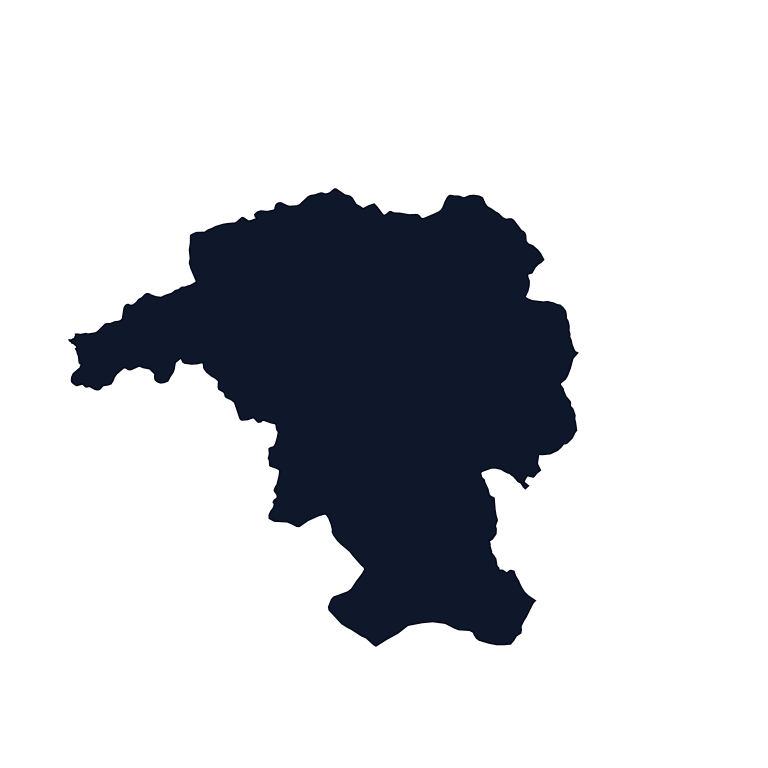 the district of Bac Ha, Lào Cai, Vietnam, rotated 131°
{"feature_id": "81297802B71116262659242", "entity_name": "Bac Ha", "entity_type": "district", "adm_level": 2, "iso_a3": "VNM", "parent_name": "Vietnam", "parent_adm1": "Lào Cai", "projection": "mercator", "projection_center": [104.318, 22.502], "detail": "fine", "context": "isolated", "style": "filled", "palette": "ink", "viewbox_px": 768, "rotation_deg": 131, "n_neighbors": 0, "source": "geoboundaries", "source_scale": "gbopen_adm2", "svg_char_len": 6171}
<svg xmlns="http://www.w3.org/2000/svg" viewBox="0 0 768 768"><g transform="rotate(131 384 384)"><path d="M560.7,382.5L559.4,376.8L551.4,366.5L549.5,360.5L548.6,356.5L547.1,354.5L536.7,351.9L525.9,346.9L520.6,343.3L520.3,341.5L521.3,337.7L524.4,331.8L527.6,327.3L529.6,325.8L531.0,322.7L532.5,316.1L532.8,310.7L532.6,300.1L533.7,294.5L535.3,282.7L535.3,278.7L536.5,276.8L541.5,275.7L551.0,275.1L559.9,273.9L564.4,274.7L577.9,282.1L581.2,282.1L588.6,279.5L590.5,277.1L592.5,258.6L591.6,252.6L590.4,247.7L588.7,235.6L587.2,231.0L587.4,221.0L587.0,218.2L574.9,214.6L563.0,210.2L550.5,207.8L539.2,198.9L531.3,191.4L524.3,180.8L521.8,170.6L520.2,166.3L513.8,158.0L512.8,154.6L512.9,153.2L513.9,151.4L515.1,147.3L514.8,143.9L510.5,134.6L506.6,127.9L501.7,122.3L497.2,118.0L492.6,118.0L487.3,119.0L482.3,117.5L479.7,119.0L477.0,121.8L470.5,123.5L466.6,124.0L452.5,127.7L450.0,127.9L448.3,127.7L449.4,136.5L449.0,141.8L447.5,146.6L445.3,151.9L444.6,152.8L442.7,158.7L440.1,163.2L441.4,165.7L442.2,166.5L446.4,167.2L446.5,170.0L447.0,172.6L449.2,174.8L447.6,177.0L447.5,179.3L442.8,184.9L441.9,187.7L441.0,192.2L440.0,192.9L436.7,198.0L435.4,198.8L433.4,202.0L432.4,201.3L430.0,200.6L423.9,201.2L422.7,202.0L419.7,204.4L418.7,206.2L417.7,207.1L414.5,208.5L413.3,208.7L412.3,209.5L409.8,213.3L406.0,217.9L398.0,226.0L398.9,230.2L398.4,232.4L395.2,236.7L392.2,243.5L391.0,245.0L390.6,245.8L390.7,248.2L390.4,249.2L388.2,252.4L386.2,253.1L377.0,248.0L374.1,244.7L371.3,239.5L370.8,236.0L369.9,232.3L368.8,230.5L369.0,228.7L368.6,225.5L369.6,218.8L368.8,215.5L370.1,211.4L370.3,208.7L366.1,208.2L366.3,214.3L362.6,215.3L359.0,215.7L356.3,210.3L354.5,210.1L351.3,210.3L346.5,209.4L344.0,215.3L342.8,216.7L335.6,221.2L333.0,217.9L327.5,212.8L320.2,209.6L315.6,209.0L311.3,209.3L309.7,207.7L308.2,207.1L301.4,206.6L295.3,208.2L292.7,208.3L287.1,214.7L285.9,216.6L284.8,217.7L282.4,219.3L279.0,225.2L278.5,228.9L275.8,231.1L275.1,232.4L274.2,238.4L271.5,244.0L270.2,245.7L269.2,249.8L268.4,251.1L267.2,251.4L261.3,250.4L257.4,251.1L250.0,253.8L240.8,258.3L233.5,258.3L234.3,260.8L233.4,263.4L230.7,268.5L228.4,271.3L226.7,274.9L224.5,276.4L222.6,279.4L219.3,282.0L217.6,284.0L215.8,286.7L214.9,289.6L212.4,291.8L210.0,294.8L209.1,298.7L209.0,302.7L210.7,305.5L211.6,308.8L214.6,314.6L217.6,317.3L224.1,326.9L225.5,331.0L226.1,335.0L224.2,335.2L219.3,336.6L214.7,339.0L211.0,342.1L209.1,345.7L206.9,347.8L203.1,345.3L196.6,346.6L192.7,346.4L188.8,345.3L185.4,345.1L182.9,351.8L182.2,355.9L182.2,361.9L182.5,363.5L183.7,366.4L183.4,369.3L183.0,370.6L179.0,374.6L177.8,376.7L177.6,378.9L178.2,380.8L175.5,393.6L175.8,395.9L177.0,397.5L179.8,399.9L180.8,403.6L180.4,409.5L181.1,412.7L181.6,417.6L182.5,422.1L182.4,423.5L181.5,426.5L179.1,431.5L179.0,432.4L180.0,435.6L182.8,440.0L185.8,442.9L191.4,445.7L192.7,449.6L193.5,451.1L196.3,454.4L197.4,456.5L198.5,457.9L199.9,458.4L202.2,458.3L206.6,457.2L212.5,455.1L215.6,454.8L218.5,455.5L222.0,457.0L232.7,462.2L234.1,463.4L234.7,464.9L234.1,467.7L234.2,469.5L235.3,471.1L239.9,475.9L244.9,484.2L247.5,487.3L248.7,489.1L249.4,491.8L250.5,492.8L255.4,493.6L256.8,494.5L257.0,496.2L255.1,505.3L254.7,509.5L259.9,512.5L264.9,514.4L265.6,515.2L265.9,518.5L266.9,523.0L264.7,529.7L264.6,532.2L264.8,533.2L267.1,537.6L268.4,548.2L269.4,549.3L275.1,550.2L277.3,551.3L279.6,553.2L280.2,555.4L281.4,557.0L286.6,560.1L290.3,563.1L292.7,564.0L304.1,565.2L306.8,566.5L312.0,571.8L313.0,573.8L314.9,580.6L316.3,582.1L318.2,582.9L319.5,583.0L321.4,582.3L323.6,581.0L325.1,581.1L330.5,585.2L334.2,590.4L337.3,592.3L340.9,592.7L342.0,591.1L342.2,589.1L342.6,588.5L348.5,591.7L350.1,593.3L350.7,598.6L351.1,599.8L351.7,600.3L353.4,600.6L358.8,601.3L360.5,602.1L365.1,606.7L369.0,610.0L375.8,614.3L379.2,615.6L383.6,617.9L387.1,618.7L392.7,624.8L394.9,626.0L398.3,627.3L399.0,627.2L404.1,622.8L410.5,618.7L416.2,612.5L420.1,610.4L423.4,605.4L429.1,593.7L429.6,593.0L430.8,592.6L437.2,595.0L438.4,596.0L441.4,597.6L443.8,600.1L447.5,600.7L450.4,602.7L454.9,603.6L460.3,606.9L464.9,608.9L467.9,613.3L470.0,618.9L470.1,620.3L470.9,621.6L471.9,622.5L473.1,622.9L477.6,623.2L481.2,624.5L485.1,624.3L488.7,625.0L491.0,626.7L491.9,629.4L493.3,630.3L494.4,630.5L496.4,630.2L497.9,629.5L506.2,624.2L508.6,624.2L510.6,625.1L513.7,627.9L518.4,630.3L519.6,632.0L521.6,633.6L532.0,634.4L533.9,634.8L535.5,635.8L540.5,640.0L541.6,642.1L545.9,645.5L547.3,647.8L548.8,649.4L549.7,648.3L551.2,648.1L552.6,647.2L554.1,648.3L556.0,648.8L557.2,650.5L557.7,649.8L557.3,647.9L557.8,646.6L557.1,644.8L557.1,640.5L557.7,639.5L559.8,639.8L560.4,637.6L562.1,635.3L563.2,633.0L567.9,627.8L567.9,626.7L567.4,625.4L571.1,623.9L580.0,625.2L583.7,624.1L586.2,622.3L587.1,621.2L587.4,619.4L587.1,615.9L586.5,614.7L582.3,612.0L581.5,611.0L581.9,608.4L581.7,607.1L580.8,606.0L579.5,605.3L578.9,604.5L577.7,599.0L576.9,597.3L575.8,595.9L574.3,595.1L570.0,595.1L568.8,594.5L565.8,591.8L563.0,590.2L559.1,590.8L556.2,592.0L551.8,592.5L543.0,591.2L541.7,590.4L541.2,589.2L540.8,586.5L539.6,584.8L538.1,583.9L531.5,580.9L530.6,579.9L529.7,576.8L526.2,570.8L526.7,563.3L528.8,561.9L530.1,560.5L530.9,559.4L531.0,557.9L530.9,556.3L529.8,553.4L527.1,551.0L523.6,549.2L518.3,550.4L513.9,550.9L510.7,552.1L504.8,555.7L498.6,554.6L497.8,554.1L497.9,553.2L499.3,550.4L499.0,548.2L495.2,542.4L491.4,538.5L487.3,535.5L486.8,534.1L488.4,532.1L489.9,530.7L490.6,529.0L491.3,525.4L491.0,518.9L490.3,515.9L490.1,513.5L490.2,510.8L495.0,507.1L496.3,505.1L495.3,500.3L495.3,499.0L496.0,497.5L497.1,496.2L497.5,495.1L497.5,494.1L496.0,489.0L495.8,484.8L504.2,470.5L504.7,468.6L504.4,467.6L500.3,463.6L495.3,460.8L494.9,459.7L495.3,455.5L495.2,453.7L493.3,452.2L491.0,452.0L490.0,450.8L487.6,444.4L485.3,440.1L485.3,439.0L488.6,435.1L489.3,432.5L490.6,431.4L494.5,429.2L500.1,426.6L502.7,425.9L504.3,426.3L506.8,427.9L508.3,428.2L511.4,425.0L512.9,423.9L515.9,422.5L516.8,420.3L520.4,416.7L520.4,415.8L517.9,409.6L517.4,407.1L517.8,405.8L518.7,405.0L522.2,402.7L530.2,398.6L532.8,398.3L536.0,397.2L536.6,396.5L537.6,392.3L539.3,390.2L540.8,389.9L543.5,390.6L545.5,390.2L546.0,389.9L546.4,388.0L548.8,386.6L551.1,386.0L553.9,385.9L557.9,384.8L560.7,382.5Z" fill="#0f172a" stroke="#020617" stroke-width="1.5"/></g></svg>